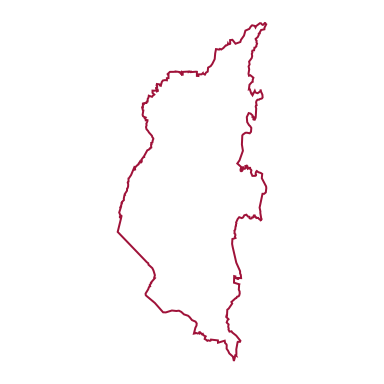 outline of NCR, Second District, Quezon City, Philippines
{"feature_id": "2640588B12869096786612", "entity_name": "NCR, Second District", "entity_type": "district", "adm_level": 2, "iso_a3": "PHL", "parent_name": "Philippines", "parent_adm1": "Quezon City", "projection": "equal_earth", "projection_center": [121.081, 14.655], "detail": "fine", "context": "isolated", "style": "outline", "palette": "rose", "viewbox_px": 384, "rotation_deg": 0, "n_neighbors": 0, "source": "geoboundaries", "source_scale": "gbopen_adm2", "svg_char_len": 5970}
<svg xmlns="http://www.w3.org/2000/svg" viewBox="0 0 384 384"><path d="M146.2,295.7L154.8,302.9L163.1,312.3L165.8,312.4L171.9,310.5L176.3,311.0L178.9,310.7L181.3,311.9L184.0,314.4L188.0,315.7L189.5,317.0L192.0,320.1L195.5,321.6L196.7,323.4L196.5,325.6L195.4,327.7L193.9,333.6L195.8,333.2L195.8,332.9L197.8,333.5L199.4,332.9L199.3,332.3L199.6,332.2L199.8,333.4L200.7,332.9L202.1,334.4L202.8,333.9L203.5,335.3L205.7,336.4L204.9,337.8L204.7,339.0L206.2,339.8L207.3,340.8L208.1,340.3L210.0,340.8L210.8,340.4L211.0,339.6L217.9,340.4L218.0,342.7L224.7,340.7L225.1,343.0L226.4,344.3L226.7,345.1L226.6,348.7L228.1,350.8L229.3,353.4L232.9,356.6L233.9,361.0L234.7,358.1L234.3,358.1L235.3,355.3L236.3,355.8L236.1,355.3L236.4,354.1L236.3,349.3L237.6,342.1L237.9,341.8L240.0,341.8L240.4,340.8L236.2,335.6L232.3,332.5L231.5,331.3L229.5,331.6L228.5,329.6L228.7,328.5L228.2,326.8L228.6,324.4L226.7,322.5L227.5,320.2L228.5,319.2L226.2,316.9L226.6,315.4L227.0,315.5L227.3,309.7L228.7,308.6L232.2,303.5L231.4,302.0L235.6,298.2L236.3,298.1L237.1,296.7L238.6,296.3L239.2,295.5L239.7,293.6L239.6,291.5L238.8,289.6L239.1,285.7L239.0,285.1L239.3,284.3L234.0,282.7L234.2,276.1L235.4,276.4L235.3,278.1L237.3,278.0L237.4,278.9L238.2,279.0L238.5,278.6L238.6,278.0L241.1,278.1L240.8,274.9L240.1,273.5L240.1,271.2L236.3,262.7L232.7,247.1L232.1,243.9L232.4,239.0L235.5,238.0L234.9,236.5L235.4,235.4L235.3,234.2L234.5,233.5L234.6,231.7L234.4,230.7L235.2,229.6L235.6,226.2L236.0,225.9L236.0,224.4L236.4,223.3L236.1,222.5L237.7,219.0L239.2,217.2L241.8,218.1L243.1,217.4L244.3,215.3L246.4,214.7L247.9,216.5L249.4,216.8L249.5,218.1L250.3,218.6L251.6,218.4L252.2,217.3L253.3,217.3L253.7,216.8L253.6,216.1L253.8,215.5L254.7,215.4L255.3,216.9L256.2,217.8L256.5,217.5L257.1,218.0L258.2,217.9L259.3,219.2L260.4,219.8L260.6,220.3L261.1,220.1L261.6,219.1L261.2,218.3L260.3,212.9L260.4,211.5L259.6,207.6L262.5,193.8L264.2,193.8L265.8,192.4L266.3,188.1L266.1,186.4L261.8,178.2L262.2,173.9L260.6,172.9L258.3,172.2L256.8,171.0L256.2,171.6L255.7,173.1L255.7,174.3L256.1,174.8L256.0,175.4L255.1,175.9L252.4,175.9L250.9,172.4L251.4,170.4L251.1,169.8L250.3,169.2L250.1,167.9L249.4,167.9L247.9,168.7L247.5,166.4L246.8,165.6L245.3,166.1L245.4,166.7L246.1,167.8L244.8,168.8L244.0,168.8L243.1,167.2L242.5,167.3L242.1,168.0L242.6,169.5L242.5,170.3L241.8,171.1L241.1,171.2L240.7,170.9L240.5,169.8L241.2,167.0L237.3,163.5L239.5,160.4L242.9,150.8L241.9,144.5L242.3,135.4L243.0,134.5L245.4,132.8L246.8,132.7L249.7,133.3L251.0,131.8L251.3,127.9L250.2,126.2L249.0,125.1L247.2,122.1L246.8,117.1L248.7,113.1L250.6,113.6L252.5,115.4L252.5,116.8L253.2,116.6L253.8,117.1L253.3,119.1L253.5,119.5L254.7,119.7L255.6,117.8L255.8,115.9L256.2,108.4L255.7,106.7L256.0,105.5L256.6,105.3L256.1,102.6L256.3,101.4L256.8,100.4L257.7,99.7L259.0,99.7L259.9,99.0L261.3,98.7L262.1,98.3L262.6,97.4L262.4,94.7L261.0,91.6L260.6,89.5L260.4,91.2L257.7,93.2L256.2,92.8L255.3,92.2L254.8,90.8L252.5,95.3L251.9,94.4L252.4,93.4L251.2,93.4L249.8,89.2L249.5,88.9L248.9,89.2L249.5,84.7L251.9,82.1L252.7,81.8L252.7,79.9L253.4,77.7L250.3,75.2L249.0,75.7L248.5,73.8L249.2,69.3L248.6,66.4L249.6,64.4L249.1,61.6L251.7,58.1L252.2,56.0L251.8,53.9L252.4,52.6L252.1,51.7L252.4,50.6L254.1,50.3L254.4,47.7L255.2,47.6L256.4,46.2L256.3,45.5L257.1,43.6L256.5,42.6L256.6,40.6L255.9,39.9L255.6,38.9L257.7,37.1L258.8,34.9L258.7,33.7L259.3,33.1L259.8,33.2L259.9,32.2L261.1,30.0L264.4,29.3L264.5,27.7L266.2,24.3L265.6,23.9L265.3,23.1L264.8,23.0L263.3,24.7L262.8,24.9L261.9,24.4L261.0,23.3L259.9,23.2L256.1,26.1L255.5,27.4L254.7,25.9L252.1,25.3L250.8,26.5L249.3,28.9L245.4,30.6L244.0,35.6L241.0,39.8L240.3,42.0L235.5,43.7L232.4,39.8L230.1,40.1L230.2,43.6L229.9,44.0L228.4,44.3L228.0,43.5L227.7,44.7L226.3,45.5L225.8,45.4L223.3,48.1L221.2,49.5L219.9,48.9L219.1,49.6L216.0,49.1L215.2,53.3L214.7,59.1L212.3,63.9L210.7,66.1L208.1,67.6L207.7,71.6L206.0,72.6L204.9,74.6L203.0,73.5L202.9,73.1L201.7,74.3L198.5,74.3L198.4,76.0L196.9,75.9L196.9,71.8L196.1,71.7L190.8,72.1L190.7,71.6L189.8,71.9L189.1,71.4L188.3,72.0L188.1,71.6L182.7,71.9L182.7,74.7L182.0,74.8L182.0,74.4L181.1,74.0L181.0,72.1L180.2,72.7L179.6,72.6L179.3,72.0L175.7,71.5L175.7,71.8L169.9,71.9L167.6,74.1L168.3,75.3L168.5,75.0L168.5,78.1L166.9,78.2L166.9,80.3L165.0,80.1L162.9,80.5L161.8,82.0L160.8,85.8L160.0,85.5L160.2,84.5L156.9,84.0L156.6,85.4L157.1,86.0L157.1,87.3L156.1,87.8L156.1,88.4L157.6,89.4L157.9,90.9L156.9,91.4L156.5,90.1L155.0,90.7L152.5,90.6L152.5,92.8L154.3,94.6L152.8,95.7L152.0,96.8L148.8,95.7L148.5,97.6L147.7,98.9L147.7,101.0L147.5,101.6L147.0,101.5L146.6,102.5L146.3,102.5L146.3,103.0L144.4,103.1L144.1,103.7L143.7,103.3L142.9,103.5L142.9,106.7L142.6,106.5L142.1,107.3L143.0,110.7L143.3,110.7L142.6,114.8L143.0,116.1L143.8,116.8L145.6,117.5L144.9,118.3L145.4,118.7L145.7,120.2L146.4,119.9L147.5,120.2L147.4,121.3L146.3,123.8L146.6,125.2L146.0,127.0L146.5,129.2L148.1,131.0L148.9,132.4L151.9,135.7L152.4,137.3L153.3,138.4L153.3,139.0L152.7,140.5L152.4,142.5L151.2,143.0L151.5,144.4L151.1,144.6L151.1,146.2L151.3,147.5L150.7,147.8L150.4,148.4L149.9,148.3L148.9,149.6L147.3,150.3L143.9,156.5L144.5,156.5L144.8,156.5L144.2,156.5L144.2,157.0L143.3,157.2L141.4,159.8L141.8,160.7L141.7,161.7L141.1,162.3L140.1,161.4L139.5,162.4L139.6,162.7L139.2,162.8L138.5,163.8L138.6,164.3L136.8,165.6L136.1,166.6L134.9,167.0L135.1,169.5L134.1,169.8L133.8,168.5L131.1,175.0L128.8,178.4L128.5,178.5L128.5,181.7L127.9,182.0L127.7,182.7L128.2,184.0L128.1,186.5L127.6,188.1L127.1,188.5L127.0,190.7L124.7,194.2L125.0,195.0L124.4,195.4L123.8,198.5L123.9,200.1L122.0,201.9L122.1,202.9L121.9,203.4L121.5,203.3L121.4,204.8L120.4,207.2L120.9,207.2L119.2,212.5L120.3,215.2L121.4,215.7L121.5,216.1L121.1,217.6L119.9,217.1L119.9,217.4L121.1,218.0L117.7,231.9L146.9,262.3L148.2,263.2L148.5,264.7L152.3,268.1L153.5,270.6L154.9,275.2L154.2,277.7L154.9,278.1L151.4,282.1L151.1,282.5L151.4,282.7L151.3,283.0L149.7,285.1L150.2,286.2L148.9,287.2L148.2,289.3L145.6,293.5L145.7,295.0L146.2,295.7Z" fill="none" stroke="#9f1239" stroke-width="2"/></svg>